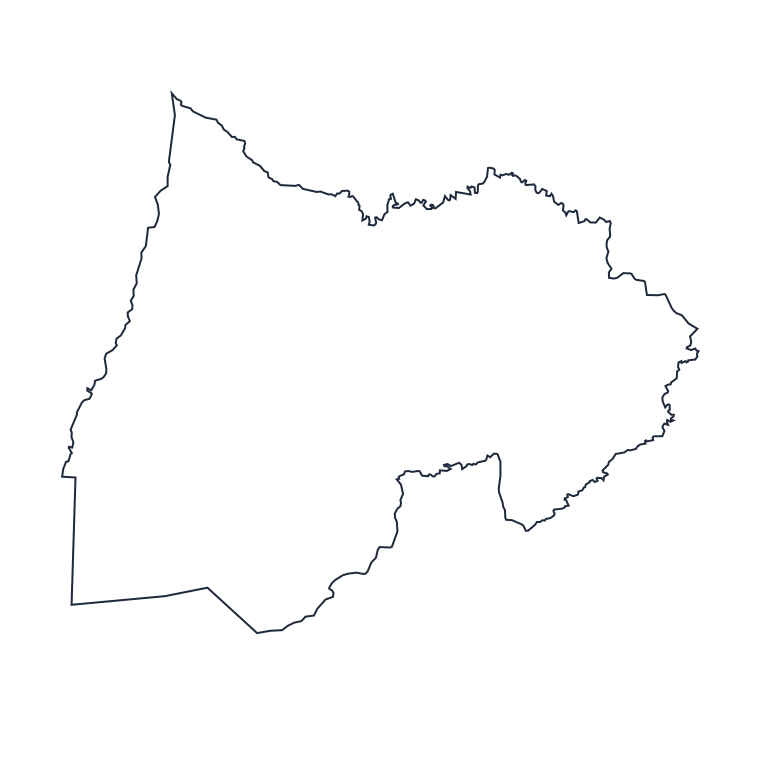 outline of Mwingi West, Eastern, Kenya, rotated 97°
{"feature_id": "3690345B22198940380299", "entity_name": "Mwingi West", "entity_type": "district", "adm_level": 2, "iso_a3": "KEN", "parent_name": "Kenya", "parent_adm1": "Eastern", "projection": "albers", "projection_center": [37.946, -0.954], "detail": "fine", "context": "isolated", "style": "outline", "palette": "slate", "viewbox_px": 768, "rotation_deg": 97, "n_neighbors": 0, "source": "geoboundaries", "source_scale": "gbopen_adm2", "svg_char_len": 6120}
<svg xmlns="http://www.w3.org/2000/svg" viewBox="0 0 768 768"><g transform="rotate(97 384 384)"><path d="M194.7,179.8L196.1,183.2L194.0,185.9L192.5,190.2L197.9,193.3L198.5,198.9L195.7,203.1L196.2,204.4L197.9,204.8L200.5,210.4L189.1,213.6L188.3,215.0L190.3,216.7L189.8,221.0L190.6,222.3L194.3,223.6L191.5,225.1L190.1,227.5L184.7,227.6L183.3,228.4L182.8,230.2L185.0,232.8L182.3,237.4L177.0,239.1L174.7,241.0L177.5,242.3L177.1,246.1L172.7,245.9L171.1,250.7L174.7,252.8L175.8,254.1L175.4,255.9L172.7,257.6L169.6,257.7L167.6,259.3L169.3,267.4L168.2,268.2L164.9,267.6L164.4,269.1L167.1,271.6L166.4,272.9L164.0,273.9L161.3,277.9L161.0,280.0L161.8,281.2L161.0,282.3L159.2,281.7L158.8,282.9L161.2,285.5L160.6,288.1L162.4,291.9L162.1,293.8L164.9,294.0L162.6,299.9L158.1,300.2L156.9,301.2L156.4,305.4L157.0,307.1L165.7,307.0L171.0,309.0L173.1,310.5L174.2,314.4L175.9,315.0L181.8,314.3L183.2,314.9L183.2,317.0L177.9,318.1L177.3,321.2L178.6,321.8L178.6,323.5L177.9,325.0L179.2,325.2L182.2,322.1L185.4,321.1L184.6,335.9L191.5,335.5L188.4,340.9L192.9,340.8L193.8,341.5L193.3,343.2L190.1,346.4L196.6,347.4L203.2,354.1L203.5,355.4L200.5,357.1L200.2,358.9L201.2,359.8L203.4,357.5L204.5,358.3L205.2,362.8L201.9,366.7L197.7,364.7L196.7,365.9L196.5,367.6L199.5,368.7L199.6,369.9L197.5,371.9L196.7,374.8L201.2,376.1L203.8,379.4L200.7,382.4L202.1,385.1L207.5,390.7L207.8,396.4L206.6,397.1L205.4,396.1L203.9,392.0L203.0,392.6L203.0,394.3L194.1,398.5L195.0,400.0L196.3,400.7L199.4,399.7L199.8,401.4L206.0,402.5L212.8,401.5L215.4,404.2L221.7,406.0L221.2,409.3L219.4,411.6L219.9,413.1L225.0,411.4L226.6,412.0L227.9,413.4L227.8,418.5L224.6,418.0L220.0,419.5L219.7,421.8L222.1,422.1L224.3,425.4L217.9,425.5L215.1,427.4L214.2,429.9L210.1,430.0L209.4,431.1L207.6,431.4L201.8,437.3L201.3,438.4L202.6,440.6L202.4,442.1L199.0,441.6L197.3,442.0L196.5,443.4L197.5,449.2L200.4,451.3L200.7,453.8L203.5,455.2L202.1,459.0L202.6,462.4L200.7,470.6L201.6,474.1L200.2,488.3L196.7,492.6L198.2,496.4L199.2,511.0L196.4,514.8L196.2,518.4L194.2,520.1L193.4,522.9L192.6,524.0L188.2,525.2L187.2,528.8L182.5,533.8L179.9,541.1L178.1,542.0L174.8,548.4L170.0,552.2L167.3,551.2L165.8,551.9L162.2,551.1L159.8,552.2L159.1,560.0L156.9,562.2L157.4,565.0L152.8,570.3L151.0,574.0L147.2,576.5L145.0,580.5L142.0,582.6L141.4,593.3L136.7,606.9L134.0,609.6L132.5,618.4L131.3,619.7L128.7,619.4L127.4,621.0L126.6,624.2L121.3,630.1L142.6,624.3L187.8,624.6L190.1,624.5L192.4,622.8L204.8,624.0L214.0,622.9L219.4,629.3L226.3,634.1L233.2,630.5L242.5,628.1L250.0,628.9L256.1,630.9L257.7,637.2L276.1,637.2L283.3,640.9L288.6,639.9L306.3,643.2L314.3,641.7L320.8,644.2L327.1,643.2L332.2,645.5L336.6,643.2L340.5,643.1L344.2,647.1L347.7,646.6L352.7,643.9L356.8,647.8L360.0,647.7L367.9,651.1L371.6,655.0L376.0,655.3L378.2,653.9L383.5,657.6L387.9,663.5L392.7,664.4L403.7,661.2L407.6,661.2L411.4,663.2L413.4,665.4L416.0,671.2L420.1,671.3L425.9,673.8L424.4,677.9L426.7,677.7L429.1,672.8L431.3,673.2L434.5,674.5L436.8,679.7L439.7,681.8L450.0,685.5L451.6,685.0L467.6,689.5L470.2,688.0L474.8,687.7L479.7,685.2L485.1,685.7L484.7,689.0L485.8,689.1L490.6,685.4L491.6,686.5L499.2,687.8L500.0,690.1L507.5,692.0L515.2,692.2L514.4,678.8L641.2,667.2L621.3,575.7L607.7,534.4L646.7,479.6L642.7,466.4L640.8,455.2L635.7,450.0L631.8,444.0L629.4,437.1L624.5,433.6L622.4,425.4L615.2,422.8L605.0,415.7L601.5,408.7L597.6,408.6L595.1,410.6L594.0,413.3L592.7,413.5L588.1,411.5L584.6,408.7L578.8,401.5L576.7,396.8L574.6,388.4L575.1,380.6L574.5,379.3L572.0,377.4L562.7,374.8L557.3,370.8L549.5,370.0L546.4,368.5L545.5,357.6L544.5,356.3L528.6,352.7L519.2,354.5L515.2,356.8L511.2,357.5L506.1,355.5L503.5,352.9L500.2,352.6L497.2,353.5L490.6,351.7L481.8,354.9L477.1,359.7L476.2,357.4L474.6,358.1L473.4,357.1L471.2,353.2L468.3,352.6L467.4,349.5L467.8,345.3L466.1,339.3L466.2,338.1L470.4,334.9L470.1,328.9L468.5,328.6L468.1,327.3L469.9,323.6L469.5,322.5L466.9,321.0L465.9,317.8L462.9,318.0L462.6,311.0L460.2,307.5L458.0,311.2L458.2,314.0L457.0,314.6L455.7,311.2L457.3,307.6L453.0,299.8L454.8,297.3L459.0,296.0L455.5,292.1L453.7,291.6L453.0,289.7L453.7,286.5L452.3,285.6L452.7,283.1L450.3,281.2L448.0,274.5L446.8,273.3L442.4,272.6L443.8,269.8L439.8,266.5L439.5,263.9L440.0,262.6L446.8,259.0L461.5,257.2L474.0,257.4L477.7,256.5L487.1,251.9L491.2,250.8L494.6,248.5L502.0,247.3L503.9,246.2L503.5,240.5L506.6,230.1L507.7,228.3L512.4,225.4L512.1,223.2L505.1,216.7L502.4,215.5L501.9,212.1L499.9,210.2L499.9,207.7L498.3,207.0L496.7,202.4L493.6,199.1L491.8,198.9L489.3,200.4L487.9,199.9L486.0,192.0L484.7,189.7L483.3,189.5L482.2,185.9L477.0,189.2L476.8,190.7L475.5,190.6L473.9,187.8L471.3,188.6L470.9,187.4L472.3,182.5L470.6,178.8L469.8,177.9L467.1,178.0L465.3,174.2L462.3,173.0L461.8,171.8L459.1,171.4L456.5,168.0L455.4,168.0L453.8,165.3L455.6,162.7L454.0,160.2L451.9,161.5L451.1,160.8L450.9,156.7L452.8,154.4L449.2,154.3L446.6,150.8L445.7,151.5L444.8,155.9L443.2,156.5L436.8,151.6L434.0,151.3L430.7,148.1L425.2,145.5L422.7,137.2L419.7,134.0L419.9,131.6L417.8,126.2L414.8,124.6L412.8,122.2L411.2,117.1L409.0,118.1L408.0,117.1L408.8,115.6L406.9,110.0L404.3,110.9L403.0,109.7L401.9,101.4L396.6,99.9L392.9,102.3L391.7,102.2L389.2,100.9L389.9,97.1L387.0,98.7L385.2,98.5L386.6,95.0L384.9,92.4L384.4,95.0L382.9,94.9L381.1,92.7L379.2,92.6L379.4,95.4L376.9,98.6L375.7,98.5L374.8,97.2L370.1,97.9L369.5,99.1L370.2,100.4L373.0,102.0L367.5,105.2L363.5,106.1L359.7,104.3L357.9,101.4L356.5,101.1L351.8,104.4L350.1,102.2L349.4,99.5L347.5,99.2L342.6,94.1L335.8,94.6L333.8,92.6L331.4,94.2L326.8,94.3L325.1,91.7L326.8,91.2L324.5,87.4L325.6,86.3L324.7,85.0L323.4,84.9L321.8,78.1L318.5,76.3L315.6,77.1L313.1,75.8L312.8,77.7L310.8,79.5L312.9,83.2L311.8,88.0L310.5,87.7L308.5,84.8L306.7,84.4L304.7,84.2L299.4,86.0L291.0,79.6L286.8,89.1L279.5,96.7L278.0,102.4L276.2,105.1L273.8,107.5L261.3,115.3L260.5,116.8L262.5,122.7L263.6,133.9L251.2,137.3L250.1,138.4L249.8,146.4L249.1,148.0L244.6,151.7L244.2,153.0L244.8,160.0L250.1,165.4L251.3,168.5L251.2,173.5L245.9,174.4L241.9,172.3L236.4,176.9L231.8,178.6L225.3,177.4L221.2,179.6L217.8,180.2L214.0,180.0L210.4,177.7L208.9,177.6L202.4,179.0L196.7,178.5L194.7,179.8Z" fill="none" stroke="#1e293b" stroke-width="2"/></g></svg>